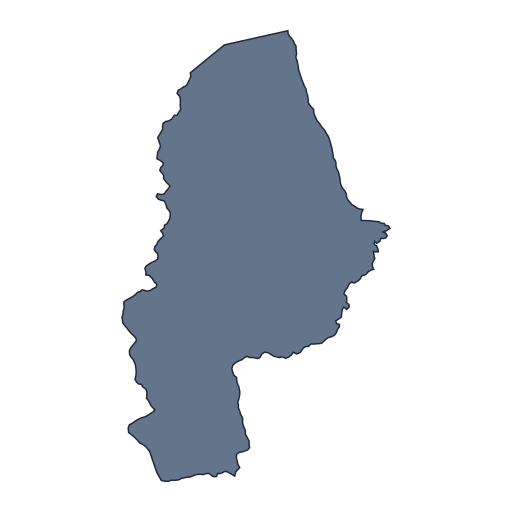 outline of Lençóis, Bahia, Brazil
{"feature_id": "56859067B12550544073428", "entity_name": "Lençóis", "entity_type": "district", "adm_level": 2, "iso_a3": "BRA", "parent_name": "Brazil", "parent_adm1": "Bahia", "projection": "orthographic", "projection_center": [-41.337, -12.43], "detail": "fine", "context": "isolated", "style": "filled", "palette": "slate", "viewbox_px": 512, "rotation_deg": 0, "n_neighbors": 0, "source": "geoboundaries", "source_scale": "gbopen_adm2", "svg_char_len": 4681}
<svg xmlns="http://www.w3.org/2000/svg" viewBox="0 0 512 512"><path d="M341.6,314.0L342.3,309.3L343.9,307.1L346.6,309.5L349.2,307.0L348.9,304.5L346.5,302.5L346.8,299.6L346.5,296.2L343.9,293.8L345.2,290.4L347.1,288.2L348.1,286.1L349.3,283.9L351.3,282.1L354.4,283.0L357.9,281.0L360.3,278.7L361.6,276.0L365.6,274.6L368.3,271.8L370.9,270.1L373.7,269.3L372.6,267.0L372.2,263.8L373.5,261.0L374.8,258.4L374.0,255.3L373.4,251.4L376.0,251.9L378.3,251.8L377.9,248.9L376.5,245.8L374.2,244.5L374.6,241.5L376.8,243.2L379.6,241.3L381.1,238.3L383.5,238.5L385.8,237.9L387.3,235.6L385.4,232.9L382.9,232.0L386.7,230.6L390.0,228.3L388.1,225.7L385.3,225.4L384.2,223.4L381.2,223.3L379.1,221.8L369.2,220.7L361.3,220.5L360.9,216.8L361.6,212.7L363.0,209.5L359.7,209.0L356.9,208.0L354.6,206.2L351.6,204.3L349.7,202.0L347.6,199.5L346.5,196.7L346.3,193.9L344.9,191.0L342.9,188.7L341.4,186.1L340.4,183.3L340.1,180.5L339.8,178.0L339.2,174.9L338.3,171.8L336.9,169.0L336.0,166.1L335.9,162.4L334.8,159.7L333.3,157.9L333.1,154.8L332.5,152.0L332.0,148.7L331.1,145.1L330.1,141.6L329.1,138.3L328.0,135.9L326.2,133.2L324.7,130.2L321.8,127.0L319.5,123.5L317.2,120.9L315.2,116.6L313.9,113.4L313.6,109.4L311.5,107.2L309.7,105.0L308.2,102.5L308.2,99.2L307.5,95.1L306.5,92.1L305.9,88.7L304.2,85.7L303.3,83.4L301.7,79.3L300.6,76.1L299.7,73.1L298.5,69.3L298.3,66.9L297.8,64.5L297.2,61.1L295.8,57.3L296.6,54.1L296.1,49.8L296.0,46.0L294.6,43.9L293.2,40.9L291.5,38.2L289.6,36.2L288.1,33.8L287.9,30.7L224.4,44.9L190.3,72.8L190.8,76.7L189.3,80.0L188.2,82.3L186.6,85.5L183.3,87.0L180.8,89.0L178.2,90.2L177.1,93.4L179.8,96.7L180.4,99.8L180.3,106.0L180.6,109.7L178.5,112.5L177.3,115.2L174.3,115.2L171.7,119.1L168.5,121.0L165.7,121.4L163.1,123.3L162.6,126.4L162.6,129.2L160.8,132.5L159.4,134.9L157.7,137.5L159.1,141.8L160.4,145.5L159.8,148.3L157.6,152.3L157.3,155.1L156.9,158.7L160.4,160.6L163.3,162.8L163.0,165.4L160.7,167.6L159.8,170.5L162.4,173.5L163.7,175.6L163.6,178.5L165.4,181.0L167.4,183.4L170.1,186.0L168.0,189.0L165.9,191.3L164.6,193.6L161.9,194.6L157.5,193.8L156.2,196.7L158.3,199.1L161.0,200.2L164.1,200.8L165.4,203.1L166.2,205.3L166.8,208.0L168.5,209.8L170.1,212.2L170.3,214.6L169.9,218.2L168.8,220.5L167.2,223.6L164.6,225.0L164.0,228.3L160.7,230.6L162.7,233.5L163.5,235.8L161.7,237.8L159.7,239.6L157.6,242.0L157.0,244.2L154.9,246.7L154.2,249.6L155.8,252.0L157.5,253.4L158.1,256.0L157.6,259.3L155.1,260.9L151.8,262.4L148.6,264.3L146.1,266.2L144.9,268.4L145.9,272.1L145.9,275.0L149.2,275.4L152.4,278.6L154.2,281.8L156.8,284.4L156.0,287.3L153.1,288.5L150.7,290.2L147.7,291.2L144.8,290.5L142.0,289.8L140.1,291.7L137.6,292.3L135.6,294.4L132.4,296.8L129.4,298.4L126.0,300.2L124.0,301.7L123.8,304.1L124.2,307.6L123.1,311.3L123.1,314.2L122.0,317.1L122.5,320.3L122.9,323.1L130.7,332.9L134.6,336.6L136.2,338.7L136.1,341.3L134.4,343.2L132.8,345.3L131.0,347.4L129.4,350.5L129.6,354.6L131.4,357.6L133.1,359.4L134.2,361.9L135.3,364.4L135.9,368.3L136.2,371.9L136.0,375.1L135.0,379.5L136.7,382.2L138.3,383.9L141.2,384.3L143.2,387.3L145.8,389.1L147.0,391.5L146.6,398.4L148.3,400.5L149.5,402.6L150.6,405.0L152.6,407.5L154.9,409.9L153.0,411.9L150.9,413.2L148.8,414.8L145.0,416.8L140.9,418.0L137.4,419.8L134.2,421.8L132.1,423.4L129.4,424.7L128.2,428.0L128.6,432.5L131.7,434.9L134.1,436.9L137.3,440.0L139.6,442.9L142.8,444.5L146.0,446.7L147.8,449.3L149.6,451.3L156.9,472.7L161.3,480.4L165.1,481.3L168.5,481.3L170.7,480.3L174.6,480.3L178.5,479.9L181.7,478.3L183.9,477.9L186.4,477.3L190.2,477.0L194.9,475.0L198.2,474.3L200.7,474.3L203.1,474.6L205.9,473.6L208.9,473.4L211.6,475.5L213.6,476.7L216.4,476.5L217.7,473.5L220.0,473.6L222.3,472.7L224.8,471.4L227.3,471.8L229.5,473.0L234.7,476.1L235.6,472.2L237.0,470.3L239.7,467.7L237.9,464.3L237.1,461.1L236.4,457.6L236.5,454.5L238.7,452.6L242.9,451.7L247.6,449.9L249.6,447.6L249.1,444.7L249.1,441.1L247.3,437.6L245.4,434.1L245.2,430.0L243.8,427.0L242.7,423.5L242.6,420.6L242.6,417.7L240.7,414.5L239.8,411.4L238.3,407.8L238.5,405.0L237.7,402.4L238.6,399.7L239.2,397.2L239.7,394.8L239.8,391.8L239.3,389.3L238.9,387.0L237.8,384.5L236.9,381.9L236.5,377.3L233.9,375.4L232.6,371.7L231.8,368.5L233.0,365.0L235.5,362.8L237.6,361.6L239.8,360.5L242.1,359.6L244.0,358.0L246.8,356.3L249.5,357.5L253.7,357.6L257.3,358.5L259.9,357.6L261.7,354.1L264.8,352.1L268.4,352.8L271.1,354.6L274.2,356.4L276.7,356.8L279.1,357.6L282.2,356.8L285.7,358.3L288.5,357.2L291.1,355.2L293.3,352.3L296.8,354.0L300.3,352.4L302.8,348.6L305.0,346.7L308.5,346.4L311.0,343.9L314.0,344.1L317.3,343.7L320.1,343.6L322.2,342.8L324.3,340.7L327.6,337.9L332.3,336.4L334.7,334.9L336.5,332.3L337.8,328.9L339.3,326.9L339.5,324.5L336.5,323.5L335.6,320.9L338.4,319.2L341.4,317.0L341.6,314.0Z" fill="#64748b" stroke="#1e293b" stroke-width="1.5"/></svg>